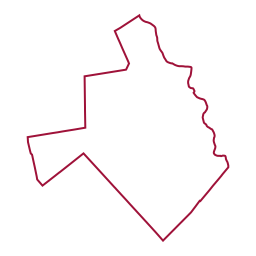 Hidalgo, Coahuila, Mexico
{"feature_id": "50627088B72428644166662", "entity_name": "Hidalgo", "entity_type": "district", "adm_level": 2, "iso_a3": "MEX", "parent_name": "Mexico", "parent_adm1": "Coahuila", "projection": "albers", "projection_center": [-99.978, 27.853], "detail": "fine", "context": "isolated", "style": "outline", "palette": "rose", "viewbox_px": 256, "rotation_deg": 0, "n_neighbors": 0, "source": "geoboundaries", "source_scale": "gbopen_adm2", "svg_char_len": 3638}
<svg xmlns="http://www.w3.org/2000/svg" viewBox="0 0 256 256"><path d="M42.5,185.6L54.2,176.5L55.1,175.8L56.1,175.0L59.4,172.4L59.5,172.4L69.9,164.2L83.5,153.4L83.7,153.6L85.6,155.7L85.9,156.0L99.2,170.5L102.3,173.9L114.8,187.6L115.0,187.7L116.2,189.1L121.7,195.1L126.4,200.2L130.0,204.2L144.3,219.8L148.7,224.6L155.7,232.3L155.8,232.4L163.0,240.6L190.8,212.6L191.0,212.4L194.4,207.9L194.5,207.8L199.7,200.8L200.3,201.1L202.9,198.0L209.5,190.1L213.0,185.7L219.1,178.5L221.6,175.5L221.6,175.4L222.8,173.9L228.3,167.3L228.3,167.2L228.3,166.4L228.3,165.5L227.8,163.3L227.4,162.0L226.6,160.6L225.9,158.9L225.9,158.5L225.7,157.1L225.6,156.8L225.4,156.2L225.1,155.9L224.8,155.8L224.5,155.7L223.4,155.6L222.5,155.7L222.3,155.7L221.7,156.0L221.2,156.1L220.9,156.1L220.5,155.9L220.3,155.8L220.1,155.8L219.3,155.9L219.1,155.9L218.7,155.9L218.3,155.8L217.4,155.8L216.5,155.5L216.2,155.4L215.7,155.1L215.4,155.0L215.3,154.9L215.2,154.9L214.8,154.6L214.7,154.5L214.6,154.3L214.4,154.1L214.1,153.7L213.9,153.4L213.9,153.2L213.8,152.4L213.9,151.9L214.3,150.6L214.8,149.3L215.2,148.2L215.4,146.9L215.4,146.3L215.2,145.6L214.8,144.8L214.5,143.9L213.9,142.0L213.7,140.9L213.7,139.9L213.9,138.9L214.0,137.9L214.3,137.3L214.5,136.8L214.6,136.0L214.6,135.2L214.5,134.9L214.4,134.4L214.1,133.4L213.7,132.3L213.0,131.0L212.3,129.7L212.2,129.5L212.0,129.4L211.8,129.3L210.6,128.7L209.4,127.8L208.9,127.5L208.4,127.3L207.5,126.7L206.9,126.1L206.7,125.8L206.5,125.3L206.3,124.8L205.9,124.3L204.7,123.4L204.2,123.0L204.0,122.7L203.9,122.5L203.8,122.1L203.5,120.9L203.1,119.3L202.8,118.1L202.7,117.6L202.7,117.2L203.1,115.3L203.2,114.7L203.3,114.2L203.7,113.4L204.3,112.7L204.9,112.4L205.0,112.3L205.3,111.7L206.1,110.6L206.7,109.6L207.0,109.0L207.1,108.5L207.2,107.9L207.3,107.2L207.3,106.4L207.2,105.9L206.6,104.8L206.4,104.1L205.8,102.4L205.3,101.3L204.6,100.2L204.2,99.8L203.6,99.5L202.5,99.1L201.5,98.9L200.4,98.6L200.1,98.5L199.5,98.3L197.1,97.2L196.6,96.7L195.4,95.3L194.4,94.0L193.6,92.8L193.6,92.7L194.3,91.8L194.4,91.6L194.4,91.4L194.4,90.8L194.2,90.4L193.7,89.4L193.4,88.8L193.1,88.4L192.8,88.3L192.0,88.2L190.7,88.0L190.3,87.8L189.6,87.2L189.1,86.9L188.8,86.3L188.8,86.1L188.7,85.7L188.4,84.2L188.2,83.6L188.1,82.1L188.2,80.9L188.5,80.0L189.1,78.2L190.2,76.3L190.6,75.2L190.8,74.3L191.1,72.2L191.4,69.8L191.5,68.4L191.5,67.9L191.4,67.5L191.1,67.2L190.8,67.0L190.3,66.9L187.9,66.6L187.6,66.6L185.8,66.6L185.3,66.6L183.4,66.3L181.8,66.2L179.2,66.2L178.7,66.1L178.1,66.0L177.3,65.8L176.1,65.4L175.9,65.3L174.7,64.8L172.7,63.6L172.2,63.3L171.8,63.3L171.6,63.4L171.4,63.4L170.3,63.1L168.9,62.6L168.1,62.3L167.6,62.0L167.4,61.9L167.1,61.7L166.7,61.4L166.4,61.1L166.2,60.7L165.2,59.1L164.9,58.6L164.7,58.3L164.4,57.9L164.2,57.6L163.4,55.6L163.1,54.8L162.6,53.3L162.3,52.7L161.8,52.0L160.9,50.8L160.3,49.9L159.8,49.1L159.4,48.1L158.9,46.3L158.7,45.5L158.5,44.9L158.2,43.7L157.8,42.4L157.7,42.1L157.5,41.5L157.3,40.6L157.2,37.8L156.9,36.7L156.3,35.0L156.1,33.6L155.8,31.6L155.7,30.6L155.6,28.9L155.2,27.4L154.1,26.1L152.1,24.6L151.5,24.2L150.7,23.6L149.7,23.1L147.6,22.3L145.5,21.8L144.0,21.1L143.4,20.8L142.9,20.4L142.0,19.7L140.9,18.5L140.4,17.9L140.1,17.4L139.7,16.7L139.4,15.8L139.3,15.4L120.5,27.7L119.5,28.3L114.8,31.0L118.2,38.9L119.3,41.3L120.4,43.8L122.2,48.0L126.7,58.1L126.8,58.3L128.3,61.7L128.9,63.3L129.0,63.5L126.1,69.6L125.8,69.7L109.0,72.4L89.0,75.6L84.6,76.3L85.0,107.1L85.0,110.0L85.3,127.7L74.1,129.6L62.8,131.4L57.7,132.3L52.4,133.1L33.4,136.2L27.7,137.1L28.0,142.1L30.1,151.0L30.8,153.5L32.0,154.6L32.4,156.2L32.7,157.7L33.7,162.3L34.7,166.8L36.7,176.5L36.8,177.1L37.2,179.5L42.5,185.6Z" fill="none" stroke="#9f1239" stroke-width="2"/></svg>